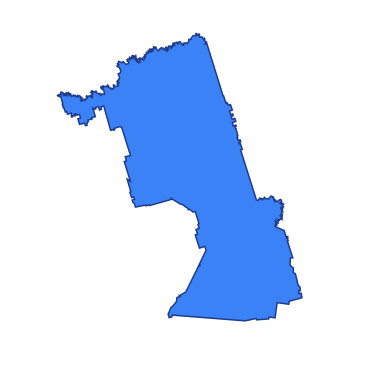 outline of Federation, New South Wales, Australia, rotated 154°
{"feature_id": "25037944B19057969948609", "entity_name": "Federation", "entity_type": "district", "adm_level": 2, "iso_a3": "AUS", "parent_name": "Australia", "parent_adm1": "New South Wales", "projection": "albers", "projection_center": [146.287, -35.462], "detail": "fine", "context": "isolated", "style": "filled", "palette": "blue", "viewbox_px": 384, "rotation_deg": 154, "n_neighbors": 0, "source": "geoboundaries", "source_scale": "gbopen_adm2", "svg_char_len": 6141}
<svg xmlns="http://www.w3.org/2000/svg" viewBox="0 0 384 384"><g transform="rotate(154 192 192)"><path d="M113.6,318.9L115.4,319.4L113.2,320.4L114.6,322.8L113.6,323.5L113.5,324.7L114.7,324.6L114.9,326.9L117.4,327.9L116.1,330.5L116.9,331.1L118.8,330.2L119.2,330.9L118.4,332.1L118.9,332.7L120.1,331.1L122.5,332.0L125.1,330.8L125.9,329.6L128.0,330.5L128.9,328.9L131.1,327.4L132.7,329.2L133.6,328.6L134.6,329.5L135.2,329.2L135.4,327.6L136.3,328.5L136.9,332.4L139.4,332.7L139.8,331.9L139.4,331.2L139.8,331.1L140.2,333.3L142.9,333.5L143.6,334.1L144.6,333.1L143.1,332.0L143.5,331.1L145.4,332.0L146.4,330.7L147.8,330.4L146.8,332.3L149.1,333.3L149.2,332.3L150.3,332.3L150.4,331.2L152.4,329.3L153.6,330.9L151.8,331.3L151.7,333.6L154.7,332.2L154.8,333.9L156.5,335.1L156.9,334.1L158.2,334.8L160.3,333.6L161.3,335.8L161.0,337.2L162.1,337.4L161.3,338.2L162.9,339.3L165.6,335.6L166.6,335.9L165.4,336.3L165.8,337.1L165.5,338.1L166.8,338.6L166.9,337.5L168.2,335.9L169.1,337.1L168.0,337.7L168.1,338.5L168.8,337.8L170.0,337.9L170.3,336.3L171.5,336.0L171.9,337.3L172.8,335.8L174.6,336.0L174.3,334.6L176.2,334.5L175.0,333.3L175.6,333.0L176.3,333.6L177.5,331.7L178.5,332.8L178.3,334.1L179.6,334.0L179.7,335.0L180.8,335.4L181.8,334.4L181.1,333.7L181.5,333.0L181.2,331.8L182.8,331.5L182.0,332.7L183.5,332.3L184.5,333.8L182.8,334.5L182.7,335.3L183.4,335.7L184.6,334.9L184.9,336.1L183.5,336.4L183.5,337.1L184.5,337.8L183.1,338.2L182.8,339.2L184.6,338.5L184.7,340.1L186.1,340.8L186.8,340.0L185.7,340.0L185.7,338.7L186.5,337.9L186.7,339.4L187.3,339.6L188.1,338.6L189.0,340.2L189.6,338.4L190.5,339.5L192.3,339.6L192.8,337.8L191.5,337.2L192.8,335.4L194.3,335.4L195.7,336.1L196.6,339.3L198.2,339.0L200.6,341.5L201.4,340.5L202.7,340.0L202.0,338.4L203.3,338.7L204.3,337.7L202.7,335.8L202.9,331.9L204.3,330.5L206.7,330.5L206.5,328.2L207.5,325.8L210.2,324.6L209.4,323.9L210.0,323.4L210.0,322.4L211.0,323.2L210.9,321.9L212.1,321.8L211.4,320.0L212.3,319.5L214.5,320.3L215.0,322.1L215.8,322.6L216.7,319.8L218.1,319.1L218.5,320.2L219.7,319.9L219.7,321.2L221.3,322.6L220.4,323.6L220.8,324.7L221.3,323.8L221.9,324.6L222.7,324.2L223.2,324.9L224.8,325.0L225.3,326.3L227.4,326.4L228.3,325.7L227.9,324.4L227.0,325.2L225.9,324.9L227.6,323.4L226.7,321.9L227.8,318.1L229.9,319.6L231.5,318.7L232.0,319.6L231.5,321.0L232.8,321.1L234.1,322.6L234.1,324.7L235.2,324.2L237.6,326.8L239.0,326.0L237.8,325.6L237.8,325.0L238.8,324.7L238.1,323.6L239.6,323.4L239.6,321.4L240.4,320.5L241.0,321.3L240.3,321.8L240.3,322.9L241.3,322.4L241.7,323.4L243.2,323.3L244.7,324.6L245.3,324.0L244.8,322.4L247.0,322.2L247.9,321.3L248.3,322.6L248.8,322.0L249.5,322.4L250.6,321.9L251.9,322.6L250.2,323.7L251.3,324.3L249.6,325.3L250.7,326.5L250.7,327.5L251.2,327.9L252.1,327.2L252.6,327.6L252.4,328.6L253.3,327.8L253.8,328.7L254.9,328.7L254.4,329.7L256.3,331.2L256.7,331.0L256.6,329.8L257.2,330.7L258.4,330.7L258.3,332.3L260.0,332.5L259.9,333.3L258.3,333.5L258.9,334.3L259.9,334.3L259.5,335.5L260.7,335.4L261.3,336.2L262.4,335.9L261.5,334.1L262.1,333.3L262.6,335.4L263.3,334.3L264.8,334.9L263.5,336.1L264.9,336.3L264.4,337.5L265.6,339.1L266.4,339.1L267.5,337.5L266.5,336.5L269.9,338.0L270.6,337.6L270.2,336.7L268.9,336.4L269.0,335.5L268.1,335.2L269.5,327.6L270.1,327.7L270.7,324.1L270.2,324.0L270.8,319.4L269.4,319.1L269.8,316.5L265.9,315.8L267.5,312.4L266.7,312.0L266.3,312.9L263.7,311.6L263.3,312.4L264.1,312.8L263.7,313.7L261.5,312.6L261.8,311.5L259.1,311.0L259.8,307.3L262.5,307.8L263.4,302.1L258.2,300.9L258.7,298.3L257.1,298.0L256.9,299.0L254.3,301.0L254.1,302.2L249.8,301.5L249.6,302.7L245.8,302.1L244.4,310.8L243.4,309.1L242.0,308.9L241.7,310.3L238.5,309.7L239.3,306.4L237.1,306.0L236.5,308.4L233.6,308.0L238.1,283.1L235.2,282.6L235.3,282.0L234.4,281.8L233.8,283.2L228.5,282.5L226.9,280.9L231.3,251.7L236.5,253.0L237.2,248.7L239.5,249.1L242.7,228.8L244.6,232.0L246.9,218.9L247.9,219.0L248.8,213.5L246.5,213.2L246.9,210.6L249.3,211.0L249.6,208.8L248.9,206.6L249.4,203.2L240.2,200.8L238.9,200.3L239.1,199.6L235.9,199.3L236.0,198.4L213.6,194.4L213.5,195.3L207.8,186.3L205.3,184.0L205.1,182.7L202.9,179.2L203.1,177.7L201.8,177.5L199.8,173.5L197.6,173.1L199.6,160.4L200.8,160.3L201.5,156.2L204.8,156.6L205.5,151.6L207.9,152.0L209.9,138.3L204.3,137.5L204.9,133.5L216.8,124.0L217.1,122.2L217.9,122.3L217.8,123.2L241.4,104.8L247.0,104.5L248.0,103.9L248.7,104.5L248.6,103.5L249.4,103.7L249.5,103.2L251.8,103.8L254.0,100.3L258.9,98.0L261.4,97.5L267.0,92.7L267.6,89.0L265.0,88.5L263.7,90.0L200.7,52.9L189.8,50.2L190.0,48.8L178.7,44.3L177.6,45.9L172.5,42.5L164.0,55.2L154.2,48.7L152.6,51.2L139.5,48.8L138.3,53.3L140.7,53.9L139.2,56.5L138.2,55.8L137.6,56.2L136.6,59.8L137.5,61.4L134.9,73.3L136.3,75.0L134.2,79.2L136.0,83.0L132.9,89.1L131.7,89.4L130.3,88.6L127.8,106.1L126.9,106.1L127.0,107.5L126.3,108.5L125.4,108.5L127.0,109.3L125.7,110.1L127.1,110.7L126.1,117.0L132.3,124.3L132.4,125.1L130.1,125.0L130.0,126.5L130.7,126.6L130.1,127.2L128.2,126.4L128.3,127.5L130.2,129.0L129.2,130.1L127.8,130.3L127.2,127.8L126.0,128.4L126.3,129.0L125.4,129.0L125.3,128.5L123.2,129.1L123.1,128.1L121.9,130.0L123.0,130.7L123.2,132.3L122.0,132.6L121.1,131.4L120.6,131.8L120.9,133.7L120.1,134.2L119.9,135.2L119.2,134.5L119.0,136.9L118.4,136.6L118.4,137.3L119.3,137.8L119.1,139.1L117.3,137.9L116.7,138.6L117.4,139.4L116.3,139.0L116.9,140.6L115.8,140.8L116.4,141.2L115.3,141.7L116.5,142.8L117.3,142.6L117.9,143.5L115.8,143.8L115.2,145.5L115.8,146.5L118.1,146.5L119.3,145.8L120.7,147.2L121.5,147.1L120.9,147.8L121.4,148.2L120.7,148.3L121.5,149.7L121.2,150.7L121.9,151.2L121.2,152.0L122.7,153.7L126.4,152.3L128.8,153.9L129.3,155.5L130.5,154.4L131.8,155.1L132.3,154.5L132.8,155.8L133.5,155.7L133.7,156.8L136.5,155.4L137.6,156.6L129.9,208.5L128.1,208.2L127.3,214.2L128.4,214.3L128.1,216.1L126.2,215.8L125.9,217.8L127.8,218.1L127.8,220.9L127.1,220.8L126.5,222.9L126.1,222.8L124.6,230.1L125.1,230.6L124.8,232.2L123.3,231.9L123.2,232.8L125.9,233.3L125.3,236.8L121.7,236.3L121.2,239.4L124.0,239.8L123.6,242.8L121.5,242.5L121.2,244.3L123.3,244.6L123.1,245.8L122.7,248.3L119.9,247.9L119.1,253.7L121.4,254.1L121.2,256.1L121.7,256.2L121.5,257.1L122.5,257.2L121.5,264.5L122.0,264.6L113.6,318.9Z" fill="#3b82f6" stroke="#1e3a8a" stroke-width="1.5"/></g></svg>